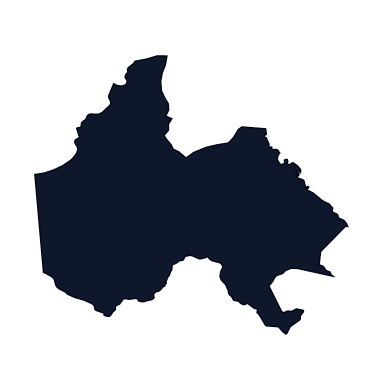 map outline of Northern (Natural Earth projection), rotated 275°
{"feature_id": "ZMB-515", "entity_name": "Northern", "entity_type": "Province", "adm_level": 1, "iso_a3": "ZMB", "parent_name": "Zambia", "parent_adm1": "", "projection": "natural_earth1", "projection_center": [30.182, -9.848], "detail": "fine", "context": "isolated", "style": "filled", "palette": "ink", "viewbox_px": 384, "rotation_deg": 275, "n_neighbors": 0, "source": "natural_earth", "source_scale": "10m", "svg_char_len": 5929}
<svg xmlns="http://www.w3.org/2000/svg" viewBox="0 0 384 384"><g transform="rotate(275 192 192)"><path d="M195.7,34.0L197.9,43.1L202.0,52.6L207.2,61.3L212.7,68.1L215.4,70.5L218.8,72.8L222.5,74.4L225.9,74.4L227.6,73.4L229.3,72.0L231.1,71.0L233.1,71.0L234.0,71.7L235.6,74.1L236.4,74.9L237.5,75.1L238.2,74.8L238.8,74.3L243.1,72.6L244.0,72.3L244.6,72.1L244.8,71.7L245.1,71.6L245.8,72.1L246.1,72.7L246.4,74.4L246.7,75.1L247.8,75.9L248.8,76.0L249.9,75.9L251.2,76.0L252.5,76.8L254.2,79.1L255.5,80.1L258.7,81.1L260.3,82.7L260.9,85.1L260.9,88.7L261.5,92.8L263.4,95.7L271.3,102.7L272.7,103.3L274.4,103.3L276.0,102.6L278.8,100.9L280.7,100.7L293.0,104.6L291.4,108.4L291.4,113.1L293.1,116.9L296.6,117.9L298.3,117.0L299.5,116.0L300.8,115.4L302.9,115.7L305.2,117.3L306.1,117.6L306.9,117.5L308.4,117.1L309.2,117.1L310.9,118.2L313.9,121.7L315.5,123.1L317.2,123.8L320.4,135.1L324.5,145.5L325.2,155.1L316.2,154.3L308.0,151.9L299.7,151.1L290.1,152.7L283.2,156.7L277.7,160.7L271.5,161.5L265.3,159.1L263.2,165.5L257.7,162.6L251.5,163.1L246.0,159.1L241.9,162.3L237.1,167.1L232.9,169.5L230.9,175.1L225.3,183.1L231.5,190.3L237.7,202.4L241.1,212.8L243.9,224.0L250.1,228.8L258.3,232.8L261.1,236.0L261.3,259.8L256.0,261.0L255.6,260.6L255.3,259.9L254.7,259.3L253.8,259.1L253.0,259.6L252.3,261.3L251.8,261.7L250.7,262.0L247.9,263.7L246.4,264.4L244.3,264.6L243.4,265.0L243.1,265.9L243.6,266.7L243.7,267.3L243.4,267.6L242.1,267.6L241.5,267.9L241.3,268.6L241.6,272.4L241.3,273.5L240.7,274.2L239.1,275.3L238.5,276.0L237.6,275.2L236.0,274.6L234.3,274.2L232.9,274.1L231.4,274.4L230.2,275.1L226.6,278.1L226.8,278.8L227.8,280.0L228.3,280.8L228.5,281.4L228.8,281.8L229.8,281.9L230.4,281.7L231.1,281.3L231.7,281.3L232.3,281.9L232.7,283.9L231.3,284.6L228.4,284.6L227.7,285.5L227.6,286.3L228.0,287.2L229.6,289.3L229.9,289.9L229.5,291.1L229.1,291.7L228.6,292.2L228.1,292.9L227.8,294.1L224.2,297.8L222.9,298.3L221.1,298.3L221.9,297.4L222.2,296.5L222.1,295.4L221.6,294.4L220.7,293.5L220.4,294.5L220.2,296.7L219.0,297.1L217.5,296.6L216.8,295.6L217.7,294.4L216.0,294.4L215.0,296.7L214.2,299.8L213.5,302.0L212.8,302.5L210.5,303.4L209.6,303.5L209.0,303.8L208.2,304.3L207.2,304.8L206.0,304.9L207.6,306.9L207.2,307.7L206.0,307.5L205.0,306.1L204.3,306.5L203.5,307.4L203.1,308.5L202.9,309.4L201.5,312.7L194.8,322.4L193.0,326.5L192.3,328.9L191.8,329.8L189.9,331.7L189.4,332.0L188.6,333.3L188.2,333.6L186.3,333.2L185.4,333.2L184.6,333.6L183.9,334.5L183.5,335.4L182.9,337.3L182.6,338.2L182.1,338.9L181.4,339.3L180.3,339.5L178.9,340.2L178.2,342.0L177.6,344.1L176.7,346.1L173.6,348.9L171.3,350.0L171.4,349.5L171.4,348.8L171.0,347.9L170.7,347.4L145.2,326.3L143.9,325.5L142.5,325.2L132.3,325.0L131.2,325.2L130.6,325.6L130.0,326.3L129.7,328.4L128.7,329.8L125.9,332.0L125.4,332.8L124.9,333.9L124.6,335.0L124.5,335.9L124.1,336.5L121.7,337.6L120.9,339.2L120.4,339.8L125.1,303.9L124.8,298.7L124.7,297.7L124.4,296.7L122.2,292.4L121.7,291.8L121.2,291.3L119.1,289.7L118.6,288.9L116.4,283.9L115.9,283.3L115.5,282.8L114.0,281.8L113.2,281.4L110.0,280.1L107.3,278.4L106.0,277.2L105.6,277.0L105.1,276.9L104.5,277.1L81.9,290.9L80.6,292.0L79.6,293.2L80.1,294.7L81.6,297.4L81.8,298.1L81.6,299.2L81.5,299.9L81.7,300.9L81.9,301.9L82.2,302.6L84.5,306.1L84.6,306.7L84.5,307.3L84.1,309.7L83.9,312.1L83.8,312.7L83.6,313.2L83.3,313.4L82.8,313.4L82.3,313.3L78.5,310.9L78.0,310.7L77.6,310.6L75.3,310.9L74.4,310.6L74.0,310.4L66.7,301.9L65.9,301.3L59.6,298.8L59.0,298.4L58.8,298.0L59.0,297.6L59.7,296.3L61.3,294.1L64.9,290.4L65.2,289.9L65.3,289.2L65.2,278.1L65.3,277.4L65.8,276.8L75.7,269.6L76.6,268.7L77.1,267.7L77.6,267.4L78.1,267.3L79.8,267.6L80.3,267.5L80.8,267.3L81.2,266.7L81.6,264.5L81.8,264.0L82.2,263.1L85.4,258.0L85.7,257.5L85.9,256.8L85.8,256.4L84.8,254.9L84.4,253.7L84.3,253.0L84.4,252.4L85.7,249.8L86.2,249.1L86.8,248.5L87.2,247.9L87.4,247.1L87.7,244.0L87.8,243.2L88.1,242.9L88.4,242.5L90.8,241.0L91.3,240.6L92.7,238.6L93.4,237.9L94.5,237.4L97.1,236.7L100.1,235.0L102.0,234.1L102.4,233.8L103.0,233.3L105.6,230.3L106.8,229.1L107.5,228.6L109.1,227.8L109.5,227.6L111.4,227.3L115.1,227.6L115.6,227.7L116.5,228.1L118.2,228.9L119.8,229.1L120.7,229.0L121.1,228.9L121.9,228.5L123.2,227.2L123.7,226.5L124.0,225.6L125.3,218.4L125.6,217.4L126.1,216.6L126.5,215.8L127.1,215.1L128.5,213.9L128.8,213.4L128.8,213.0L128.6,212.6L127.8,211.0L126.5,207.3L126.1,205.7L126.2,205.0L126.3,204.5L128.4,198.3L128.8,196.1L128.7,195.2L127.7,191.9L127.3,191.1L126.7,190.4L126.3,190.2L123.7,189.3L123.4,188.8L123.1,188.0L122.7,186.5L122.5,185.7L122.2,185.1L121.2,184.3L120.1,182.9L119.1,181.4L118.1,179.3L117.5,178.7L117.1,178.5L116.6,178.5L115.7,178.6L113.7,178.5L112.4,178.6L112.0,178.4L111.4,177.8L111.1,177.5L110.6,177.4L109.1,177.2L106.5,176.3L105.1,175.3L104.2,174.9L102.8,174.6L101.1,174.0L100.7,173.9L99.3,174.2L98.9,174.2L97.4,173.3L96.4,173.1L95.9,172.9L95.5,172.4L94.6,170.7L94.2,170.4L92.9,170.1L92.0,169.0L91.1,168.4L90.6,167.8L89.3,164.7L87.8,163.2L86.9,162.8L86.0,162.7L85.5,162.7L85.0,162.8L84.3,163.2L83.8,163.4L83.4,163.4L83.0,163.2L82.1,162.3L81.7,161.8L81.2,161.0L79.5,155.6L78.8,154.1L78.6,153.3L78.4,152.4L78.4,151.7L78.7,148.8L78.9,148.4L79.2,148.1L80.1,147.8L80.5,147.5L80.9,146.5L81.2,145.0L79.8,139.3L79.7,138.3L80.1,135.5L80.0,134.8L79.5,133.4L79.4,132.3L79.2,131.7L78.9,131.4L78.6,131.4L77.8,131.8L77.5,131.9L77.1,131.7L76.3,130.7L76.0,130.4L74.6,130.0L74.3,129.8L73.7,129.1L73.1,127.8L72.1,126.3L71.8,126.0L70.8,125.5L70.3,125.5L69.8,125.8L69.2,125.9L68.4,125.9L67.6,125.5L67.0,125.0L66.4,124.3L65.8,123.7L65.1,123.2L64.3,122.9L62.8,122.0L61.6,121.2L61.2,120.7L60.8,119.7L61.0,117.7L61.4,116.0L61.5,115.5L61.8,115.1L62.2,115.0L63.2,115.1L63.6,114.9L63.8,114.5L65.7,106.9L66.2,106.1L67.3,105.4L69.8,104.6L70.5,104.1L70.8,103.9L71.9,102.4L72.3,101.6L75.0,93.6L76.8,84.4L79.4,77.0L79.9,76.2L80.8,75.3L81.7,73.6L84.0,68.1L85.0,66.6L85.8,65.5L86.1,65.2L86.9,64.8L90.0,63.5L92.5,62.7L93.6,61.9L94.8,60.7L95.9,58.7L98.4,53.1L99.0,51.1L195.7,34.0Z" fill="#0f172a" stroke="#020617" stroke-width="1.5"/></g></svg>